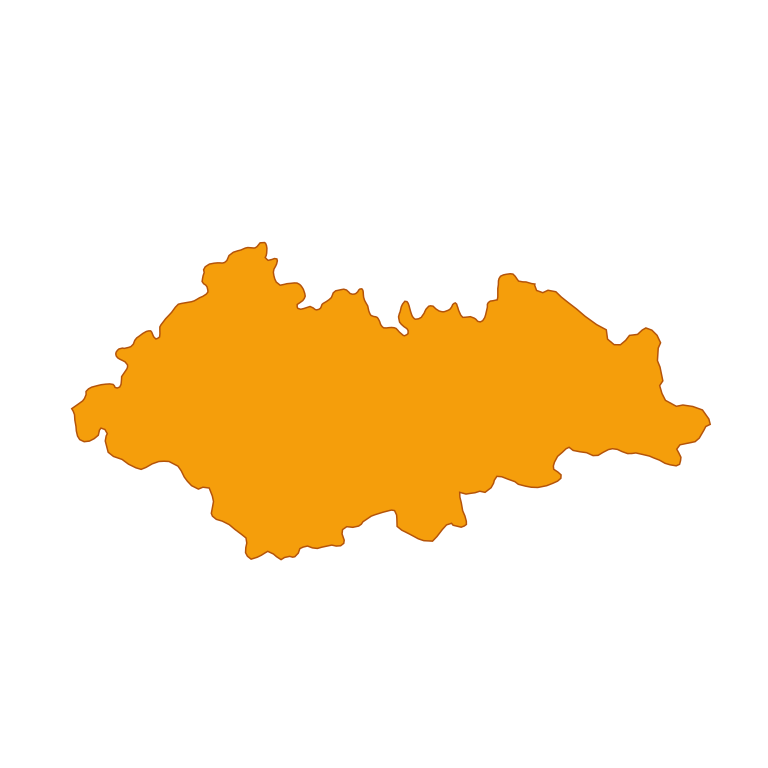 Myadzyel, Minsk, Belarus (Albers equal-area conic projection), rotated 168°
{"feature_id": "67162791B89573771278316", "entity_name": "Myadzyel", "entity_type": "district", "adm_level": 2, "iso_a3": "BLR", "parent_name": "Belarus", "parent_adm1": "Minsk", "projection": "albers", "projection_center": [26.974, 54.814], "detail": "fine", "context": "isolated", "style": "filled", "palette": "amber", "viewbox_px": 768, "rotation_deg": 168, "n_neighbors": 0, "source": "geoboundaries", "source_scale": "gbopen_adm2", "svg_char_len": 6138}
<svg xmlns="http://www.w3.org/2000/svg" viewBox="0 0 768 768"><g transform="rotate(168 384 384)"><path d="M155.3,390.8L163.7,397.9L173.3,408.5L180.1,417.4L187.0,425.5L192.5,432.2L196.7,438.5L204.1,441.6L209.7,440.3L215.3,443.8L216.1,449.4L215.6,450.4L218.7,451.5L223.9,454.3L226.9,455.0L231.0,456.7L232.0,458.9L233.3,462.1L235.0,464.7L237.6,465.6L241.7,465.9L244.5,465.9L247.6,465.2L249.5,463.3L250.6,461.1L251.5,457.3L252.8,453.8L253.9,448.6L254.6,445.4L255.7,442.8L260.2,442.8L262.8,443.0L265.0,442.0L266.3,440.5L266.9,437.7L268.0,435.3L270.2,430.6L271.7,428.0L274.3,425.4L276.9,424.7L279.3,425.8L280.8,428.4L282.1,429.7L285.5,431.9L287.9,432.1L290.7,432.4L293.1,432.8L294.6,435.4L295.4,439.1L295.7,440.6L295.8,441.7L295.9,443.4L296.2,445.3L296.3,447.0L297.4,448.5L298.9,448.2L300.3,447.4L301.7,445.4L303.8,443.5L305.7,442.8L309.6,442.2L311.3,442.3L313.3,443.1L315.1,444.1L317.5,446.5L318.4,447.8L319.8,449.9L322.2,450.8L324.0,450.8L325.5,449.8L327.4,448.4L329.0,446.4L330.1,444.8L332.3,442.8L333.5,441.5L336.6,440.6L339.8,440.8L340.9,441.8L342.1,444.0L342.5,445.7L342.9,449.1L343.1,452.5L343.2,455.1L343.6,458.0L344.4,459.8L346.4,460.6L349.3,458.2L351.1,455.8L353.3,451.1L354.3,449.7L355.8,446.7L355.9,445.0L355.9,441.3L354.7,438.9L352.6,436.0L350.1,433.4L349.3,431.2L350.0,428.3L351.5,427.5L353.9,426.9L355.1,427.6L356.8,429.8L358.2,431.6L359.4,433.8L360.6,435.8L362.3,436.9L364.8,437.7L367.4,438.1L369.9,438.3L372.7,439.0L373.9,440.5L374.9,442.8L375.3,446.2L376.0,448.8L376.7,450.4L378.0,451.4L380.1,452.2L382.5,453.8L383.2,455.7L383.7,458.6L383.7,463.7L384.8,467.1L385.6,469.8L385.9,473.1L385.6,475.8L385.2,478.4L385.2,480.1L385.9,481.7L387.7,481.9L388.3,481.7L389.4,481.0L390.3,479.8L392.6,478.4L394.2,478.1L396.3,478.4L398.5,479.7L399.3,481.2L400.0,482.1L401.1,483.7L403.6,485.1L405.7,485.2L411.9,485.2L414.7,483.7L416.1,481.5L417.5,479.5L420.2,477.9L423.3,476.6L426.7,475.5L428.1,474.7L429.2,472.9L430.2,471.5L432.0,470.6L434.6,470.5L436.0,471.3L437.4,473.1L440.2,475.2L443.9,474.8L446.7,474.5L449.9,474.4L452.6,475.9L452.9,477.5L452.4,479.8L449.0,481.2L446.1,482.5L444.2,484.2L442.8,486.3L442.7,489.1L443.2,493.3L443.9,495.4L444.9,497.6L445.9,499.0L448.0,500.8L450.7,501.5L453.8,501.8L458.1,502.3L460.4,502.2L465.0,502.2L468.2,506.1L469.0,509.4L469.2,513.0L469.0,516.3L467.8,519.2L465.6,521.7L464.1,523.7L462.7,526.7L462.8,528.6L465.0,529.5L467.8,529.1L471.6,529.0L472.7,530.4L473.9,532.4L472.5,534.2L471.6,536.3L470.7,539.6L470.3,541.1L470.2,543.9L470.6,546.2L471.4,547.2L475.5,547.8L475.9,547.8L477.5,546.5L479.6,544.8L481.6,544.0L482.8,544.0L486.1,545.0L488.9,545.8L491.4,545.8L496.3,544.8L499.3,544.7L504.0,544.2L508.9,541.9L510.5,539.6L512.1,537.4L514.7,536.0L517.0,535.9L519.4,536.6L521.6,537.1L525.1,537.5L529.8,537.6L532.0,536.8L534.5,535.8L536.7,533.3L536.7,530.4L538.4,527.6L539.6,524.8L540.6,522.1L539.6,519.6L537.8,517.8L536.9,515.8L536.8,512.4L537.1,510.6L539.1,508.9L543.0,507.4L546.5,506.7L549.4,505.7L552.3,504.8L555.3,504.5L559.9,504.7L565.3,504.9L568.6,504.8L572.1,502.5L576.9,498.2L580.3,495.8L584.1,493.2L587.2,490.5L589.9,488.2L591.4,486.4L592.0,483.6L592.7,479.8L593.7,476.7L595.9,475.7L597.8,475.5L599.4,477.9L599.8,479.5L600.4,482.9L601.2,484.5L603.4,484.9L605.6,484.8L609.4,483.6L613.5,481.7L616.3,480.5L618.7,478.5L620.9,475.1L623.8,473.2L626.0,472.9L630.6,472.8L632.4,473.5L635.9,473.4L637.7,472.4L639.4,470.8L640.1,469.2L640.1,467.1L639.1,465.0L637.5,463.4L634.3,460.9L632.5,459.3L631.9,457.9L630.9,456.1L631.3,453.9L632.4,452.2L636.8,448.0L639.1,445.8L639.7,443.4L640.6,440.4L641.3,438.3L643.1,436.0L645.8,435.5L647.8,436.6L648.1,438.3L649.1,439.9L652.2,441.1L656.3,441.7L660.7,442.1L664.6,442.0L670.6,441.7L674.0,440.7L677.0,438.7L677.6,435.6L680.0,432.1L682.3,430.1L687.3,427.9L692.2,425.8L694.6,424.8L693.7,422.2L693.1,418.4L693.9,412.8L694.1,406.7L694.7,402.0L694.6,396.8L693.2,392.9L689.3,389.9L684.0,389.4L678.8,390.8L674.1,393.3L671.9,398.1L670.0,399.7L666.4,397.5L665.0,392.9L666.6,390.9L668.5,386.2L668.0,374.6L663.7,369.4L655.9,364.7L650.6,358.7L644.1,353.6L639.3,351.0L634.2,351.9L627.3,354.1L620.4,355.0L615.2,354.2L610.4,352.9L602.6,346.5L600.4,341.3L598.7,334.5L596.5,329.7L593.4,324.6L587.4,319.8L582.6,320.7L576.6,318.6L575.2,310.2L575.2,304.5L576.8,300.6L579.8,293.4L579.3,290.4L576.2,286.5L570.7,283.5L564.6,278.6L560.1,272.8L554.6,266.5L551.0,262.1L551.3,256.9L553.2,252.7L554.5,247.8L553.4,243.9L550.4,240.3L544.0,240.9L539.6,242.0L535.8,243.4L532.5,244.5L527.5,240.7L525.0,237.4L521.2,233.6L517.3,235.0L512.1,235.0L509.3,233.6L507.1,233.6L503.0,236.4L500.5,240.5L496.9,241.3L492.5,241.4L488.1,238.6L483.4,237.0L478.8,237.3L468.6,237.3L464.4,235.4L460.0,234.8L456.5,236.5L455.4,239.5L456.2,246.1L454.8,250.2L450.1,252.2L444.3,250.3L438.3,250.3L435.3,251.6L433.3,253.6L424.0,257.4L420.1,258.0L411.6,258.8L404.7,259.1L402.8,259.1L400.0,258.0L398.9,253.3L399.4,249.7L400.8,242.0L397.0,237.3L390.1,231.8L386.2,228.5L382.7,225.5L377.7,222.5L369.2,220.2L363.9,223.8L357.1,229.6L352.1,233.2L346.9,233.7L345.8,231.5L338.3,227.9L335.0,228.4L332.6,229.5L332.0,232.6L332.3,238.1L333.4,243.6L333.1,251.8L333.3,257.6L332.5,262.3L326.7,259.3L321.2,259.0L317.6,258.7L312.6,259.2L307.7,257.0L300.8,260.3L297.5,264.1L296.1,266.9L292.8,270.2L288.1,268.8L282.6,265.2L276.3,261.3L273.5,258.0L266.9,254.7L261.4,252.4L255.1,250.8L246.0,250.7L239.4,251.8L234.4,252.9L230.6,255.0L229.7,258.3L232.2,261.7L235.7,265.3L235.4,268.6L233.5,272.1L229.3,277.1L223.8,280.1L219.4,282.8L216.1,283.6L212.8,279.7L206.5,277.0L200.1,274.7L194.4,270.5L189.4,269.7L183.9,271.6L178.1,273.2L174.0,273.2L169.3,271.5L165.2,268.4L160.2,265.3L156.1,264.5L152.0,264.2L146.5,261.7L139.3,258.3L135.8,255.8L130.3,252.2L125.6,248.0L121.0,245.5L115.2,243.2L111.6,244.0L109.9,247.3L108.8,250.6L109.9,255.0L111.2,259.4L107.1,263.0L91.7,262.9L86.9,265.5L80.8,272.2L78.1,275.5L73.3,276.7L73.5,282.2L77.9,292.4L86.6,297.8L96.0,301.3L102.7,301.4L112.1,309.5L114.1,317.0L114.7,325.1L110.6,329.1L110.5,343.2L111.7,350.0L108.3,362.1L104.9,366.8L106.8,374.9L110.8,381.0L116.2,384.4L120.2,383.1L125.7,379.8L133.8,380.5L138.5,376.5L144.6,373.2L150.7,374.6L156.0,381.4L155.3,390.8Z" fill="#f59e0b" stroke="#b45309" stroke-width="1.5"/></g></svg>